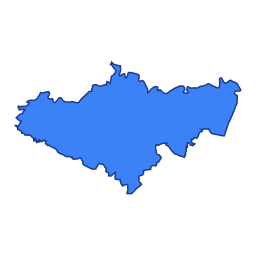 Kota Banjar, Jawa Barat, Indonesia
{"feature_id": "22746128B64728543729693", "entity_name": "Kota Banjar", "entity_type": "district", "adm_level": 2, "iso_a3": "IDN", "parent_name": "Indonesia", "parent_adm1": "Jawa Barat", "projection": "orthographic", "projection_center": [108.553, -7.381], "detail": "fine", "context": "isolated", "style": "filled", "palette": "blue", "viewbox_px": 256, "rotation_deg": 0, "n_neighbors": 0, "source": "geoboundaries", "source_scale": "gbopen_adm2", "svg_char_len": 5720}
<svg xmlns="http://www.w3.org/2000/svg" viewBox="0 0 256 256"><path d="M237.3,95.8L235.7,94.8L234.7,93.7L234.5,92.6L234.9,91.6L235.7,91.0L239.5,91.1L240.4,90.6L240.6,90.0L240.6,89.5L238.4,86.2L237.2,83.7L235.7,82.7L232.1,81.2L230.6,80.2L229.2,80.8L227.1,82.6L225.5,83.1L225.0,83.1L224.0,82.4L221.5,78.1L220.9,77.9L220.1,78.2L219.7,78.7L219.5,79.4L219.8,84.3L219.4,86.7L219.0,87.5L218.5,87.8L217.6,87.9L216.8,87.7L213.5,86.3L208.8,83.8L207.6,83.9L205.7,85.1L204.6,85.6L200.3,86.4L197.7,87.9L197.0,88.0L193.1,87.9L191.4,88.2L189.7,87.8L188.6,86.9L187.8,86.7L187.5,86.9L187.1,87.8L186.8,89.7L186.9,90.4L188.3,92.0L188.4,92.4L188.2,92.8L187.7,93.0L186.6,93.1L185.1,93.0L183.7,92.6L183.4,92.3L183.4,91.6L184.5,90.3L184.7,89.6L184.6,88.1L183.6,86.4L182.9,86.1L180.6,85.9L178.8,86.4L174.1,88.6L170.4,90.8L167.0,93.4L165.7,93.6L164.1,93.3L162.5,92.1L160.5,90.1L159.9,89.7L159.2,89.8L158.4,90.8L158.0,90.9L157.6,90.6L157.5,89.5L157.8,87.6L157.6,87.1L157.0,86.7L156.1,86.6L154.4,86.9L152.1,88.3L151.4,88.9L150.0,90.8L147.8,92.6L147.8,90.5L147.4,88.7L143.8,81.6L143.1,80.9L142.5,80.7L139.4,81.2L138.8,80.9L138.6,80.6L139.1,76.7L139.1,75.7L138.7,74.8L137.9,74.4L133.7,73.2L129.7,72.4L128.9,72.5L128.2,73.1L127.3,76.2L126.5,77.4L126.1,77.8L125.6,77.8L125.2,77.5L124.9,74.8L124.3,73.7L123.1,74.0L121.0,75.4L119.8,75.8L119.4,75.7L119.3,74.8L120.3,71.7L120.6,69.8L120.4,65.8L119.4,65.8L114.0,64.4L111.7,62.3L111.7,62.6L111.7,63.4L111.6,63.6L110.8,63.8L110.5,64.4L112.0,65.3L113.6,67.8L114.7,68.5L116.0,71.8L112.7,75.7L111.3,76.3L111.1,78.8L110.6,80.6L110.4,82.7L110.1,83.5L109.3,82.6L107.0,81.5L106.4,84.3L106.6,84.3L106.6,85.0L105.0,84.8L103.9,84.9L101.6,86.0L99.7,86.2L96.6,84.9L95.7,84.7L93.6,84.9L92.6,85.5L92.4,85.7L92.6,87.6L91.5,89.2L91.9,90.5L91.6,91.3L89.6,91.4L88.6,91.8L87.7,93.2L86.8,93.7L86.7,94.1L86.2,94.3L85.7,95.5L85.2,95.3L84.1,96.6L83.4,96.9L81.7,98.5L78.5,102.7L76.0,102.6L72.0,101.5L70.3,102.2L68.4,102.0L67.4,102.2L65.7,102.0L62.8,100.6L62.1,99.1L61.5,98.2L60.6,97.7L59.7,97.7L58.8,98.1L57.3,100.3L55.4,102.3L54.6,102.6L54.2,102.5L53.6,102.1L52.9,101.0L52.8,100.7L53.0,99.7L52.7,99.0L51.7,98.6L50.4,98.9L49.2,98.9L48.6,98.6L48.1,97.9L48.0,97.1L49.6,93.9L49.4,92.8L48.9,91.8L47.9,91.7L46.8,92.1L44.9,92.2L44.4,92.4L43.2,93.2L40.9,92.5L40.4,92.9L39.3,95.6L38.2,96.3L37.8,98.1L36.1,99.3L35.4,100.1L34.9,100.3L29.8,100.3L27.1,101.5L26.9,101.9L27.0,102.2L27.6,102.6L28.9,102.8L29.1,103.2L28.8,104.1L27.1,105.7L26.5,106.0L24.9,106.4L22.5,106.3L21.1,106.5L20.6,106.9L18.7,106.1L18.2,106.5L18.1,107.2L19.2,109.8L24.4,109.3L24.8,109.5L24.8,110.0L23.2,111.7L22.6,113.5L19.7,114.5L18.4,115.9L16.2,117.8L18.4,119.8L21.4,121.5L20.6,122.2L18.3,126.3L16.2,125.5L15.4,125.5L15.6,126.0L17.3,127.1L17.8,128.5L17.7,129.4L18.5,129.4L19.6,130.5L21.5,131.2L21.8,131.8L21.6,132.8L21.7,133.2L23.7,133.2L24.3,133.9L24.5,134.6L25.6,135.3L26.3,134.8L27.0,134.8L27.6,135.2L28.5,134.8L29.0,135.2L29.6,135.0L30.3,135.6L31.2,135.8L31.6,136.8L32.6,137.5L32.9,138.0L33.3,138.1L33.8,139.2L33.7,140.6L34.2,141.1L34.7,140.9L35.3,140.1L34.8,138.7L35.0,138.4L35.9,140.1L36.6,140.6L36.4,142.0L36.7,142.6L36.9,142.6L37.6,142.1L39.6,141.8L39.7,140.9L38.9,141.0L38.4,140.7L38.6,140.1L39.1,139.8L39.7,140.0L40.5,141.0L41.7,141.7L42.0,141.6L43.2,140.2L44.1,140.6L44.4,140.9L45.1,140.3L45.6,140.4L46.0,141.0L46.0,141.5L45.4,143.3L45.5,143.8L46.6,144.1L47.7,145.5L48.0,145.5L48.9,145.1L49.4,145.7L55.7,148.9L56.9,150.2L57.6,152.0L58.4,152.1L58.9,152.5L59.1,152.7L59.0,153.0L59.3,153.2L64.3,155.3L65.4,156.2L66.7,156.7L67.4,156.7L68.1,156.4L68.6,156.6L69.5,156.5L71.1,157.2L72.0,156.8L72.3,157.2L72.1,158.1L73.3,159.2L74.5,159.3L75.8,158.8L77.2,159.0L79.7,158.0L80.9,158.2L81.8,160.3L82.6,160.7L83.0,164.2L84.7,165.5L91.7,168.9L93.1,169.2L95.8,168.8L95.7,168.6L97.0,166.7L98.7,163.6L99.3,163.5L100.9,164.1L103.1,164.3L104.5,166.1L105.0,167.3L106.1,168.2L106.2,169.9L105.7,170.8L105.8,171.3L106.8,172.2L108.1,172.6L108.5,172.9L108.8,173.9L108.6,175.7L109.2,176.0L111.2,175.9L113.5,174.0L114.5,172.8L115.4,172.4L115.5,173.8L115.0,177.4L115.2,178.8L115.5,179.2L116.4,179.4L120.0,179.7L120.8,183.1L121.3,184.1L122.6,186.0L123.6,185.4L124.8,185.1L125.9,184.4L126.5,184.4L127.5,184.8L127.8,185.9L127.7,186.5L127.9,189.6L127.0,193.6L128.1,193.5L129.5,193.7L131.0,193.6L132.2,193.2L136.2,188.8L140.6,185.4L141.5,184.3L138.9,181.1L138.9,180.1L139.2,178.4L138.7,177.7L138.5,177.1L138.6,176.8L139.3,176.0L139.8,175.7L141.2,175.5L141.7,175.2L142.6,174.9L143.4,174.0L143.6,170.5L144.2,170.5L146.7,169.8L149.1,169.7L149.5,169.4L150.7,169.3L150.6,167.7L151.2,166.9L151.2,166.5L151.6,166.0L154.3,165.4L155.8,165.9L156.6,164.8L156.3,163.2L157.5,162.5L157.6,162.2L158.2,162.2L158.6,161.9L160.7,158.7L161.1,157.8L161.0,157.1L160.3,156.3L159.1,154.8L158.1,154.8L157.0,154.4L156.4,153.6L156.4,151.3L155.9,150.2L155.5,148.0L156.0,144.7L156.4,144.5L157.9,145.4L162.1,143.5L164.2,143.2L166.7,143.2L165.8,144.8L167.4,145.6L169.1,147.0L171.9,151.0L172.7,151.9L173.6,152.5L174.8,154.1L175.7,154.0L176.4,154.2L178.4,155.3L180.6,156.2L182.3,156.5L184.3,157.3L185.3,155.5L185.3,154.7L185.6,154.4L185.4,154.0L185.5,152.7L186.2,151.2L186.3,148.3L186.0,147.0L186.3,146.4L187.2,147.2L187.6,146.1L187.3,144.3L187.7,142.6L187.9,142.4L188.2,142.6L188.6,142.6L190.5,144.7L190.5,145.1L191.0,145.3L192.4,145.3L192.6,145.7L192.9,145.7L193.5,145.2L193.4,144.4L194.6,144.3L194.9,143.9L191.8,142.9L191.2,139.4L192.5,139.7L193.0,139.4L194.0,137.6L197.0,138.2L198.1,136.2L199.1,133.4L200.2,131.9L201.1,131.7L202.3,131.2L202.1,129.6L201.6,129.4L205.2,128.9L206.4,129.1L208.7,129.0L209.5,130.6L211.3,133.4L222.1,135.7L224.3,135.8L225.1,132.9L225.8,131.2L228.1,124.1L231.7,116.4L235.3,107.4L235.6,105.8L236.3,105.1L236.7,104.2L237.0,102.5L237.3,95.8Z" fill="#3b82f6" stroke="#1e3a8a" stroke-width="1.5"/></svg>